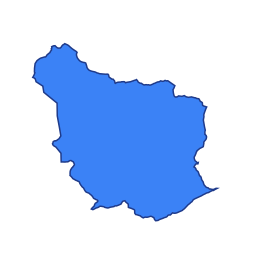 the district of San Miguel Peras, Oaxaca, Mexico, rotated 257°
{"feature_id": "50627088B72532409428040", "entity_name": "San Miguel Peras", "entity_type": "district", "adm_level": 2, "iso_a3": "MEX", "parent_name": "Mexico", "parent_adm1": "Oaxaca", "projection": "natural_earth1", "projection_center": [-97.017, 16.925], "detail": "fine", "context": "isolated", "style": "filled", "palette": "blue", "viewbox_px": 256, "rotation_deg": 257, "n_neighbors": 0, "source": "geoboundaries", "source_scale": "gbopen_adm2", "svg_char_len": 5705}
<svg xmlns="http://www.w3.org/2000/svg" viewBox="0 0 256 256"><g transform="rotate(257 128 128)"><path d="M166.6,170.5L166.0,168.7L166.2,167.2L165.9,165.5L165.6,164.5L165.5,162.8L165.1,161.8L165.0,160.7L164.8,159.9L164.9,158.8L165.5,157.8L165.6,156.8L166.1,155.6L166.2,155.1L166.3,153.8L166.4,153.3L166.8,152.7L167.6,151.9L168.5,151.2L169.0,149.8L170.1,148.6L170.9,148.1L172.0,147.9L173.3,147.1L173.0,146.4L173.0,145.9L173.0,144.7L172.8,144.1L172.8,143.3L172.5,140.9L172.8,137.1L172.7,136.3L172.7,135.7L173.6,135.2L174.0,134.7L174.3,133.2L174.5,132.2L174.4,131.4L174.7,129.6L174.9,128.5L174.8,127.3L174.6,126.2L174.4,125.7L174.9,125.4L176.0,125.5L176.9,125.5L178.6,124.6L179.0,124.4L179.2,123.4L181.4,121.4L182.0,121.0L184.2,121.0L185.0,120.5L185.5,118.1L187.2,112.8L187.7,111.9L188.3,111.0L188.7,110.1L189.7,109.0L190.3,107.9L190.7,107.1L191.2,106.0L192.1,104.4L193.0,103.2L194.3,102.3L195.1,102.0L196.3,101.6L197.5,101.7L199.9,101.5L200.8,101.4L201.5,100.5L201.8,99.6L202.8,97.8L203.5,96.8L204.7,95.8L205.7,95.3L206.7,94.8L207.8,94.4L208.7,94.3L209.5,94.2L210.4,94.2L211.7,94.4L213.2,95.4L214.2,94.8L216.2,92.9L217.7,91.5L219.7,90.0L221.8,88.6L222.8,87.5L224.2,85.6L224.4,85.4L224.2,84.9L223.8,84.1L223.7,83.4L223.1,82.4L221.6,80.8L221.2,80.1L221.3,79.2L221.5,78.2L221.9,77.4L222.7,76.6L223.7,76.0L224.6,75.4L224.8,74.3L224.7,73.2L224.4,71.9L223.5,71.9L222.8,71.6L222.4,71.0L221.3,71.1L220.8,70.6L220.1,69.6L219.5,69.3L219.0,68.8L218.4,67.4L217.4,65.5L216.6,64.7L216.1,64.2L215.8,63.7L216.0,62.6L215.9,61.2L215.7,58.4L215.1,56.7L214.1,54.5L211.7,52.0L207.4,50.4L203.5,49.4L202.9,49.7L202.3,49.3L201.9,49.2L201.4,48.8L200.8,48.4L198.7,46.6L198.3,47.3L197.1,48.5L196.5,48.6L195.8,48.7L195.2,48.8L193.8,48.8L193.7,48.9L188.0,54.4L181.7,54.0L168.2,64.5L155.7,61.8L144.1,61.3L135.4,60.8L133.3,58.6L132.9,58.1L132.8,57.7L132.6,57.3L132.5,56.9L132.3,56.5L132.1,56.1L131.9,55.5L131.7,54.6L132.0,54.1L131.9,53.3L131.8,52.8L131.6,52.1L130.0,51.3L129.7,50.9L128.8,51.0L128.1,51.2L127.6,51.5L127.0,52.0L125.6,53.5L118.5,57.0L111.3,55.5L109.9,55.3L109.8,56.0L109.0,59.0L108.9,60.1L108.7,61.0L108.6,62.0L108.9,62.9L109.2,63.6L109.3,64.0L109.1,65.2L108.6,65.7L108.0,66.2L107.5,67.0L106.9,67.2L104.7,67.6L104.4,67.5L104.1,67.4L103.6,66.8L103.2,66.4L102.9,66.0L102.6,65.5L102.2,65.3L102.0,64.9L101.8,64.4L101.4,63.9L101.0,63.6L100.1,62.7L99.6,62.4L99.1,62.1L98.7,61.9L97.1,61.4L96.6,61.3L95.8,61.2L94.9,60.8L94.7,60.9L93.7,61.6L92.8,62.1L92.0,62.5L91.2,62.8L90.1,64.0L88.6,65.6L88.1,66.5L87.5,67.1L86.7,68.3L85.9,68.5L84.8,68.6L83.2,69.1L82.3,69.5L81.6,69.8L80.9,70.1L79.5,71.2L77.4,71.7L76.6,72.0L75.8,72.3L75.1,72.7L74.4,73.6L73.5,75.0L73.0,75.5L72.3,76.0L71.7,76.3L70.9,77.1L69.9,77.7L69.5,77.8L68.5,78.3L67.4,78.6L66.8,79.1L66.5,79.7L66.1,79.9L65.9,80.2L65.5,80.6L65.2,81.1L64.7,81.8L64.5,82.0L64.2,82.2L63.9,82.2L63.6,82.2L63.3,82.0L62.8,81.3L62.6,80.9L62.4,80.4L62.2,80.0L62.1,79.4L61.8,79.0L61.4,78.7L61.0,78.3L60.6,78.1L60.2,77.8L59.8,77.7L59.4,77.2L59.2,76.9L59.0,76.5L58.7,76.0L58.5,75.5L58.1,75.1L57.6,74.3L57.3,74.0L57.1,74.3L56.4,75.3L56.4,76.0L57.2,78.9L57.3,80.7L57.6,81.9L58.0,82.7L58.1,83.1L57.7,84.4L56.7,86.8L55.9,87.5L55.4,88.6L55.2,88.8L55.0,89.6L54.6,90.3L54.6,91.3L54.8,92.9L54.6,96.7L54.9,97.1L55.0,98.2L54.7,99.1L54.8,100.4L55.4,104.0L57.6,106.1L57.8,106.6L57.8,107.3L57.8,108.0L57.8,108.6L56.3,109.2L55.3,110.0L53.7,111.1L50.6,110.5L50.4,110.7L48.9,113.2L47.1,115.6L46.6,115.9L46.0,115.9L43.6,115.4L42.0,116.0L41.7,116.7L41.4,117.3L41.1,117.8L40.6,118.6L39.6,120.3L38.5,121.0L37.0,122.6L37.0,122.8L37.2,123.5L37.3,124.7L36.8,126.3L36.7,127.3L36.9,130.2L36.5,131.1L36.0,131.7L35.3,132.4L34.9,133.0L32.8,133.3L31.4,134.1L31.2,136.3L31.2,136.6L31.4,137.0L31.8,138.4L31.9,139.4L32.0,140.3L32.1,141.2L32.2,141.8L32.3,142.5L32.5,143.0L32.5,143.9L32.6,144.5L32.6,145.1L32.7,145.6L33.1,146.4L33.9,147.3L34.0,147.6L34.0,148.5L34.0,148.8L33.7,149.4L34.0,150.2L34.8,151.4L35.3,152.3L35.0,152.8L34.6,153.7L34.5,154.1L34.4,154.8L34.3,155.7L34.4,156.8L34.6,157.8L34.9,159.3L35.0,159.9L35.2,161.1L35.5,162.5L36.1,163.4L36.5,164.5L37.0,165.3L39.8,169.5L40.1,170.2L40.4,171.0L41.3,172.4L41.8,173.7L43.2,175.2L43.7,176.2L44.0,177.3L45.1,182.6L45.4,184.2L45.9,185.7L46.3,187.2L46.6,188.7L46.9,189.4L47.0,190.4L47.0,192.1L47.4,193.1L48.1,196.1L47.9,197.2L48.5,198.9L49.1,201.3L49.4,200.3L49.3,199.3L49.0,198.6L48.9,198.0L49.2,196.3L50.1,194.4L50.2,193.7L51.7,192.6L52.4,191.2L53.0,190.7L54.3,190.0L55.1,189.5L56.3,189.2L58.5,189.1L61.3,188.1L62.8,188.2L64.6,187.9L65.3,187.0L69.6,186.5L71.8,185.0L73.4,184.9L73.6,184.7L74.2,184.5L75.2,183.5L76.6,184.8L77.6,185.9L77.7,186.1L77.4,188.1L78.6,188.7L78.6,188.0L78.8,187.5L79.8,187.0L80.6,186.3L81.3,185.9L81.8,185.9L83.0,185.7L84.0,185.8L84.6,185.9L85.2,186.3L85.9,187.0L88.1,188.6L88.7,188.8L89.1,189.1L89.5,189.7L89.9,189.7L90.4,190.3L91.1,191.8L91.9,193.3L92.7,196.7L93.0,197.2L96.1,198.5L97.0,198.6L97.7,199.2L99.0,200.9L99.5,201.5L100.1,201.9L101.5,202.5L101.9,202.6L102.4,202.4L102.8,202.5L103.3,202.4L103.6,202.1L104.2,201.8L104.7,201.5L105.0,201.7L105.6,201.8L106.0,201.8L107.1,202.1L108.5,202.8L111.8,202.8L118.7,203.2L119.8,203.6L121.8,204.5L123.2,204.7L124.2,205.0L125.1,205.5L129.1,208.1L130.8,209.4L132.5,206.6L133.3,205.8L135.9,206.1L136.7,205.6L137.6,204.5L140.4,203.7L140.6,203.5L141.4,201.4L142.1,200.8L142.6,199.5L144.0,196.9L144.3,193.7L145.3,191.7L146.9,190.1L146.7,187.7L147.9,184.5L147.4,183.3L147.3,182.4L147.5,181.5L147.6,181.1L147.8,180.8L148.6,180.3L149.3,180.1L152.0,180.1L155.3,180.5L156.0,181.3L158.7,183.2L165.1,177.4L165.2,176.1L166.0,174.9L166.0,174.5L165.9,174.1L165.7,173.7L165.6,173.2L165.6,172.8L165.7,172.3L165.8,171.9L166.0,171.5L166.2,171.1L166.4,170.8L166.6,170.5Z" fill="#3b82f6" stroke="#1e3a8a" stroke-width="1.5"/></g></svg>